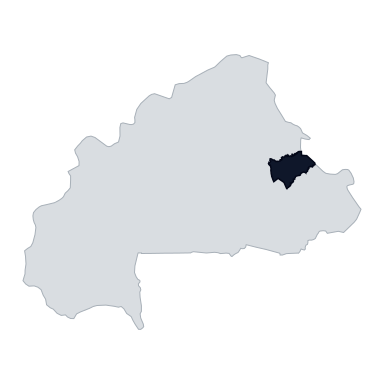 Komonjdjari, Komondjari, Burkina Faso (highlighted)
{"feature_id": "67063806B37049013397139", "entity_name": "Komonjdjari", "entity_type": "district", "adm_level": 2, "iso_a3": "BFA", "parent_name": "Burkina Faso", "parent_adm1": "Komondjari", "projection": "robinson", "projection_center": [0.756, 12.703], "detail": "fine", "context": "in_parent", "style": "filled", "palette": "ink", "viewbox_px": 384, "rotation_deg": 0, "n_neighbors": 0, "source": "geoboundaries", "source_scale": "gbopen_adm2", "svg_char_len": 7731}
<svg xmlns="http://www.w3.org/2000/svg" viewBox="0 0 384 384"><path d="M297.5,253.1L286.5,253.6L282.5,255.0L280.1,255.0L280.0,253.9L279.7,253.2L265.8,249.4L256.1,247.2L246.2,244.7L245.7,247.0L244.3,248.5L242.1,248.7L240.7,248.3L239.7,250.1L238.0,252.5L235.7,253.6L233.5,255.1L232.2,256.4L231.3,256.4L229.1,253.4L226.1,253.1L220.5,253.6L218.0,252.7L214.5,252.3L206.4,253.0L193.4,251.7L191.3,252.4L190.7,252.9L177.9,253.1L163.7,253.2L151.9,253.4L141.5,253.5L141.5,253.0L138.2,252.9L137.8,253.9L134.9,266.0L134.5,272.6L136.1,276.7L137.8,279.3L139.8,280.4L140.0,281.9L138.4,283.8L138.5,285.7L140.3,287.7L140.8,289.9L139.8,292.1L140.1,297.4L141.4,305.8L141.4,311.3L140.1,313.8L140.7,318.0L143.3,324.1L143.7,326.6L142.8,327.8L140.7,329.4L138.5,329.3L136.1,325.7L135.0,324.0L132.9,320.3L131.2,316.6L128.9,315.0L126.7,313.5L123.9,308.8L121.2,306.5L118.4,307.2L114.3,306.3L105.9,305.1L97.0,305.5L93.2,306.5L89.6,308.3L80.3,312.0L76.6,313.9L73.8,318.6L70.6,318.5L67.5,317.0L65.5,314.9L61.2,315.4L57.1,313.3L53.2,309.1L50.3,307.8L46.6,304.8L45.6,299.2L43.2,295.2L41.1,289.7L37.9,287.2L34.2,285.9L29.0,286.2L25.7,284.0L23.0,280.7L23.8,277.9L25.0,274.0L25.1,270.1L26.0,263.9L25.5,256.2L24.6,250.8L27.5,248.5L30.8,246.5L32.8,242.8L35.0,234.6L35.9,227.4L35.3,224.8L34.2,222.7L33.3,219.6L32.9,215.9L33.5,212.6L36.0,209.5L39.1,207.0L41.3,205.8L47.1,204.5L54.5,202.7L58.7,200.5L61.8,198.4L63.5,196.7L65.2,193.2L68.1,190.5L70.3,187.8L70.6,180.2L70.6,175.9L69.0,173.6L68.1,171.5L79.0,165.6L79.1,161.5L77.6,156.8L75.5,153.1L74.7,149.8L77.7,146.0L80.4,143.2L82.3,140.7L86.6,137.0L91.0,136.1L95.0,137.5L106.8,146.2L108.9,146.7L111.3,146.1L114.4,143.8L118.5,142.0L120.0,136.1L119.9,127.5L120.8,123.6L123.0,122.9L129.8,124.5L131.5,124.6L133.5,124.1L134.9,122.6L134.9,119.8L134.6,117.4L136.8,109.4L140.9,103.4L149.1,95.9L151.6,94.4L154.6,93.7L169.2,98.8L171.6,97.5L175.2,84.8L179.2,83.6L184.0,83.4L187.1,82.3L188.7,81.4L195.6,76.6L207.9,70.0L214.5,67.2L215.8,66.1L220.6,61.4L226.8,56.1L230.8,55.0L236.4,54.6L239.9,55.5L240.8,57.0L241.9,57.8L249.1,55.5L259.5,59.1L268.4,62.7L267.8,65.0L267.8,69.0L267.0,75.3L266.1,82.8L269.8,87.7L274.2,93.0L275.4,95.1L274.2,100.2L275.0,103.3L277.4,108.4L281.4,114.8L285.4,121.4L288.3,122.3L291.0,122.8L292.6,124.0L295.0,125.2L297.3,125.9L299.4,127.4L300.7,128.8L302.5,132.9L307.1,135.6L310.3,138.2L309.0,139.6L305.0,139.0L301.2,137.9L300.7,139.8L300.5,147.3L301.2,153.6L302.0,154.4L305.8,155.6L314.9,163.7L323.0,171.3L325.8,173.3L330.3,174.1L335.4,174.4L337.5,173.7L342.4,169.8L345.1,169.4L347.5,169.5L348.8,170.1L351.1,173.3L353.3,178.0L354.0,181.6L353.8,183.4L353.0,184.2L349.0,185.1L347.3,185.8L346.8,186.8L347.4,189.2L348.2,190.7L352.6,197.6L359.0,206.8L361.0,209.2L359.9,212.0L356.6,219.2L354.2,222.2L343.6,232.5L338.3,231.3L327.3,233.3L325.7,231.0L323.1,230.7L319.9,231.1L318.8,232.0L318.4,233.0L317.3,234.4L315.3,238.5L313.7,239.5L311.7,240.1L309.3,240.1L307.9,240.6L307.9,242.6L307.5,244.3L305.9,245.2L305.2,247.2L305.3,249.1L304.4,250.0L302.3,249.5L301.1,249.0L299.9,251.5L298.5,253.2L297.5,253.1Z" fill="#d9dde1" stroke="#a8b0b8" stroke-width="1"/><path d="M273.8,181.7L278.1,178.3L284.0,182.4L286.7,188.6L286.8,188.7L287.0,188.7L287.1,188.4L287.0,188.2L287.3,188.1L287.5,188.0L287.7,187.8L287.9,187.6L288.1,187.4L288.3,187.3L288.5,187.3L288.7,187.2L288.8,187.0L288.9,186.9L289.0,186.7L289.3,186.5L289.5,186.0L289.7,185.9L290.0,185.6L290.3,185.7L290.4,185.1L290.5,185.1L290.5,184.9L290.5,184.7L290.5,184.4L290.5,184.2L290.7,184.5L290.8,184.5L290.9,184.3L290.8,183.8L290.8,183.7L291.1,183.7L291.2,183.1L291.3,183.2L291.8,183.1L292.1,182.8L292.1,182.6L292.2,182.2L292.3,182.1L292.6,182.1L292.7,182.3L292.9,182.2L293.0,182.1L293.1,181.9L293.1,181.5L293.3,181.5L293.4,181.4L293.4,181.0L293.5,180.2L293.4,179.9L293.3,179.7L293.3,179.4L293.3,179.2L293.7,179.1L294.1,179.2L294.7,179.1L294.7,178.4L294.8,178.1L294.9,177.9L295.0,177.7L295.3,177.3L295.4,176.9L295.6,176.7L296.3,176.1L296.7,175.9L297.5,175.8L298.5,175.5L299.2,175.5L300.1,175.2L300.4,174.9L300.6,173.9L300.8,173.3L300.9,173.1L301.3,172.9L301.5,172.8L301.6,173.0L302.3,172.5L302.5,172.4L302.8,172.4L303.2,172.2L303.5,171.9L305.6,172.7L305.7,172.8L305.7,172.7L306.0,172.7L306.4,172.3L306.5,172.2L306.6,171.9L306.7,171.7L306.8,171.6L307.1,171.4L307.3,171.3L307.3,171.2L307.5,171.1L307.5,170.8L307.4,170.5L307.5,169.7L307.9,169.5L308.0,169.6L308.2,169.2L308.3,169.1L308.2,169.1L308.2,168.9L308.3,168.7L308.5,168.6L308.5,168.4L308.5,168.1L308.4,168.0L308.4,167.8L308.4,167.6L308.5,167.5L308.6,167.3L308.9,167.3L309.0,167.2L309.3,167.0L309.6,167.0L309.7,166.8L309.9,166.9L310.0,166.8L310.1,166.7L310.4,166.6L310.5,166.4L311.0,166.6L311.3,166.7L311.6,166.5L311.8,166.5L312.1,166.8L312.3,166.8L312.5,166.9L312.6,166.7L312.5,166.1L312.8,166.0L313.2,165.9L313.5,165.7L313.5,165.4L313.7,165.5L313.6,165.4L313.8,165.4L313.8,165.2L314.0,165.1L314.2,164.8L314.3,164.8L314.4,164.7L314.6,164.5L314.9,164.5L315.0,164.5L315.0,164.2L314.9,164.0L314.9,163.9L314.8,163.6L314.9,163.4L315.0,163.4L315.1,163.5L314.6,162.8L314.2,162.5L313.4,161.7L306.7,155.6L301.6,155.6L301.4,152.7L301.4,151.5L301.2,151.5L300.7,151.5L300.4,151.5L300.1,151.6L299.9,151.5L299.4,151.6L299.2,151.5L298.8,151.7L298.6,151.6L298.2,151.8L298.1,152.0L297.9,152.2L297.7,152.2L297.6,152.4L297.6,152.5L297.4,152.6L297.4,152.8L297.1,152.9L297.1,153.1L296.9,153.0L296.8,152.9L296.7,152.9L296.7,153.0L296.8,153.5L296.7,153.6L296.5,153.8L296.2,153.9L295.9,153.9L295.7,153.8L295.7,153.6L295.4,153.6L295.2,153.5L294.9,153.6L294.8,153.8L294.7,153.9L294.7,154.1L294.8,154.3L295.0,154.4L295.1,154.6L295.0,154.9L294.9,154.9L294.6,155.0L294.4,155.1L294.3,155.3L294.0,155.3L293.9,155.4L293.8,155.5L293.7,155.4L293.6,155.5L293.5,155.3L293.4,155.4L293.3,155.2L293.1,155.2L293.0,154.9L292.9,154.8L293.0,154.7L292.8,154.3L292.6,154.3L292.4,154.3L292.4,154.5L292.3,154.4L292.0,154.4L292.0,154.6L292.0,155.0L292.1,155.3L292.2,155.6L292.2,155.8L292.3,156.0L292.2,156.3L292.0,156.5L291.8,156.6L291.6,156.4L290.8,156.0L290.5,155.9L290.4,155.9L290.3,156.0L290.1,156.1L289.9,156.3L289.6,156.4L289.3,156.4L289.3,156.5L289.1,156.5L289.0,156.4L288.9,156.4L288.7,156.4L288.6,156.2L288.4,156.1L288.4,155.9L288.5,155.6L288.5,155.4L288.4,155.3L288.1,155.5L288.0,155.4L287.9,155.5L287.8,155.4L287.8,155.6L287.7,155.9L287.8,156.1L287.8,156.3L287.7,156.4L287.5,156.5L287.0,156.6L286.9,156.6L286.9,156.3L286.8,156.2L286.8,155.9L286.7,155.6L286.6,155.4L286.3,155.3L286.1,155.3L286.0,155.6L286.0,155.8L285.9,155.9L285.6,155.8L285.2,155.9L285.1,156.0L285.1,156.3L284.9,156.3L284.9,156.5L284.7,156.8L284.5,157.0L284.4,157.1L284.2,157.2L284.3,157.3L284.1,157.5L283.9,157.4L283.7,157.2L283.4,157.0L283.2,157.0L282.8,156.9L282.6,156.9L282.4,156.9L282.0,157.2L282.0,157.3L281.9,157.4L281.9,157.6L281.7,157.7L281.8,157.8L281.7,158.0L281.8,158.3L281.7,158.3L281.6,158.5L281.8,159.1L282.0,159.3L282.0,159.6L281.8,159.7L281.7,159.7L281.6,159.8L281.4,159.8L281.3,160.0L281.1,159.9L280.7,159.7L280.2,159.8L280.0,160.0L280.1,160.5L280.0,161.1L279.8,161.2L279.7,161.2L279.4,161.2L279.2,161.2L277.9,161.5L277.7,161.5L277.2,161.2L276.8,161.2L276.4,161.5L276.0,161.6L275.8,161.5L275.7,161.4L274.4,160.1L274.1,160.0L273.8,159.9L273.4,160.1L273.0,160.1L272.8,160.1L272.4,159.8L272.1,159.4L271.7,159.1L271.1,158.9L270.5,158.8L270.1,158.9L270.1,159.4L270.0,160.0L269.9,160.2L270.0,160.6L270.3,160.8L270.5,161.0L270.4,161.3L270.5,161.4L270.6,161.6L269.5,162.6L269.0,163.0L268.9,162.9L268.9,163.0L268.8,163.3L268.7,163.3L268.5,163.6L268.7,163.9L268.8,164.0L268.9,164.5L269.2,164.7L269.4,165.0L269.5,165.1L269.5,164.9L270.1,165.0L270.3,165.3L270.4,165.5L271.0,168.3L271.0,169.1L270.9,170.1L270.9,170.8L271.1,172.0L271.2,173.5L271.7,175.9L271.7,176.4L271.8,176.7L272.1,177.3L272.4,178.1L273.0,179.9L273.8,181.7Z" fill="#0f172a" stroke="#020617" stroke-width="1.5"/></svg>